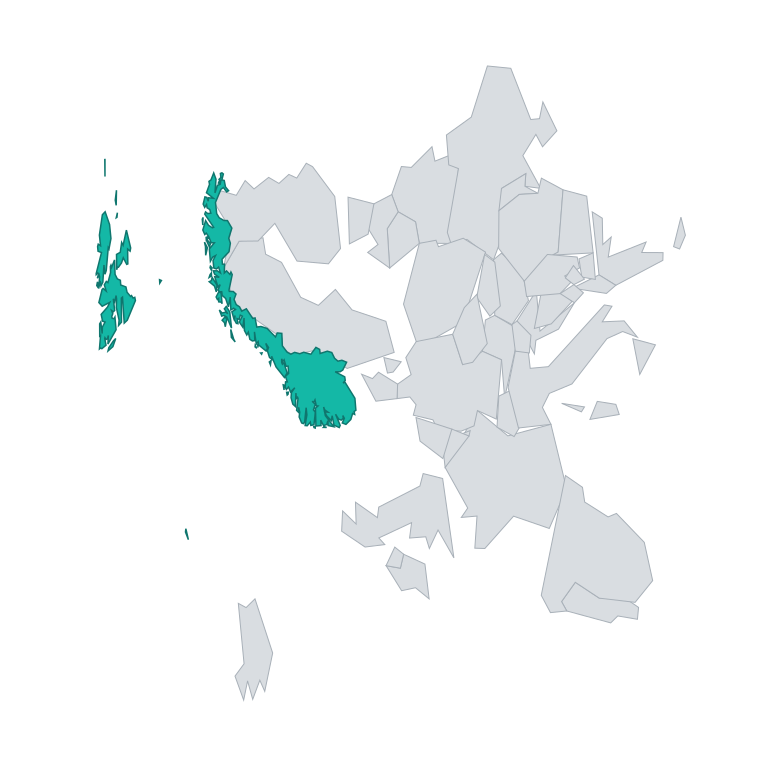 Europe, with Norway highlighted, rotated 273°
{"feature_id": "NOR", "entity_name": "Norway", "entity_type": "country or territory", "adm_level": 0, "iso_a3": "NOR", "parent_name": "Europe", "parent_adm1": "", "projection": "natural_earth1", "projection_center": [16.239, 69.249], "detail": "fine", "context": "in_parent", "style": "filled", "palette": "teal", "viewbox_px": 768, "rotation_deg": 273, "n_neighbors": 37, "source": "natural_earth", "source_scale": "50m", "svg_char_len": 13044}
<svg xmlns="http://www.w3.org/2000/svg" viewBox="0 0 768 768"><g transform="rotate(273 384 384)"><path d="M303.9,449.4L362.4,478.7L338.7,510.4L352.5,552.8L289.1,571.8L248.4,556.6L258.8,520.3L225.0,493.3L224.8,483.3L257.0,483.8L254.8,468.2L264.5,474.1L303.9,449.4ZM366.5,582.6L374.0,562.4L371.6,585.4L366.5,582.6Z" fill="#d9dde1" stroke="#a8b0b8" stroke-width="1"/><path d="M397.6,346.4L414.5,314.9L408.1,291.5L414.8,279.7L424.4,279.9L455.3,230.9L491.4,217.7L519.0,231.8L523.7,255.5L507.4,259.0L500.1,275.3L466.2,296.3L459.1,314.3L475.9,330.5L456.3,348.2L446.7,382.6L416.1,392.5L397.6,346.4Z" fill="#d9dde1" stroke="#a8b0b8" stroke-width="1"/><path d="M573.6,381.8L602.1,390.0L601.7,399.9L623.5,419.5L609.2,423.2L615.3,436.4L603.0,447.1L527.9,443.5L526.3,411.9L547.6,407.0L556.7,389.1L573.6,381.8Z" fill="#d9dde1" stroke="#a8b0b8" stroke-width="1"/><path d="M657.1,525.4L674.0,527.9L645.9,543.4L629.2,529.9L641.2,522.6L619.3,510.7L587.6,530.2L588.8,514.4L601.5,514.6L585.4,491.1L544.3,496.4L513.8,486.9L532.7,459.3L527.9,443.5L538.7,439.3L603.0,447.1L606.2,437.2L635.9,433.3L655.1,457.2L707.0,470.6L705.9,494.1L655.8,516.7L657.1,525.4Z" fill="#d9dde1" stroke="#a8b0b8" stroke-width="1"/><path d="M526.3,411.9L530.3,428.4L524.0,431.2L533.7,455.5L521.0,478.5L449.7,459.3L427.5,424.5L428.1,414.0L464.8,399.3L526.3,411.9Z" fill="#d9dde1" stroke="#a8b0b8" stroke-width="1"/><path d="M458.4,491.0L447.9,511.0L432.7,514.5L376.5,505.2L414.3,500.1L421.8,480.6L453.2,481.9L458.4,491.0Z" fill="#d9dde1" stroke="#a8b0b8" stroke-width="1"/><path d="M513.8,486.9L520.8,494.4L502.8,516.1L474.8,523.9L450.0,508.7L458.4,491.0L513.8,486.9Z" fill="#d9dde1" stroke="#a8b0b8" stroke-width="1"/><path d="M563.1,489.7L585.4,491.1L601.5,514.6L588.8,514.4L582.5,527.7L580.4,509.2L563.1,489.7Z" fill="#d9dde1" stroke="#a8b0b8" stroke-width="1"/><path d="M582.5,527.7L597.8,530.4L587.3,552.6L524.9,551.0L494.1,518.7L525.4,491.4L563.1,489.7L580.4,509.2L582.5,527.7Z" fill="#d9dde1" stroke="#a8b0b8" stroke-width="1"/><path d="M556.7,389.1L547.6,407.0L526.3,411.9L500.1,383.6L539.3,379.1L556.7,389.1Z" fill="#d9dde1" stroke="#a8b0b8" stroke-width="1"/><path d="M563.4,364.5L573.6,381.8L556.7,389.1L539.3,379.1L500.1,383.6L514.5,360.8L523.0,370.7L541.4,358.0L563.4,364.5Z" fill="#d9dde1" stroke="#a8b0b8" stroke-width="1"/><path d="M568.7,338.3L563.4,364.5L532.8,360.3L522.1,342.1L568.7,338.3Z" fill="#d9dde1" stroke="#a8b0b8" stroke-width="1"/><path d="M428.1,414.0L437.3,450.0L407.5,461.5L421.8,480.6L414.3,500.1L354.8,498.0L362.4,478.7L346.9,476.1L340.9,463.4L341.5,439.8L350.8,434.7L354.4,414.9L365.0,417.1L372.4,410.5L370.1,397.8L384.6,397.6L394.8,410.6L411.5,404.4L428.1,414.0Z" fill="#d9dde1" stroke="#a8b0b8" stroke-width="1"/><path d="M521.5,545.2L524.9,551.0L587.3,552.6L582.2,576.6L525.9,586.0L521.5,545.2Z" fill="#d9dde1" stroke="#a8b0b8" stroke-width="1"/><path d="M566.2,671.8L548.3,677.2L534.3,672.1L536.3,666.0L566.2,671.8ZM504.2,593.0L566.8,582.9L561.0,593.3L534.7,595.2L542.7,603.2L522.5,601.3L539.5,638.3L528.8,634.5L529.8,655.8L522.1,656.0L494.7,610.3L504.2,593.0Z" fill="#d9dde1" stroke="#a8b0b8" stroke-width="1"/><path d="M504.2,593.0L494.7,610.3L486.1,601.4L489.5,567.0L504.2,593.0Z" fill="#d9dde1" stroke="#a8b0b8" stroke-width="1"/><path d="M453.9,513.5L485.1,531.2L445.0,537.0L475.1,569.9L447.9,555.4L435.6,533.4L421.9,532.6L453.9,513.5Z" fill="#d9dde1" stroke="#a8b0b8" stroke-width="1"/><path d="M377.9,499.3L386.0,513.8L351.7,523.6L338.3,516.7L346.8,499.1L377.9,499.3Z" fill="#d9dde1" stroke="#a8b0b8" stroke-width="1"/><path d="M338.1,463.9L342.0,472.5L336.5,471.6L338.1,463.9Z" fill="#d9dde1" stroke="#a8b0b8" stroke-width="1"/><path d="M342.5,454.1L336.5,471.6L303.9,449.4L330.4,445.0L342.5,454.1Z" fill="#d9dde1" stroke="#a8b0b8" stroke-width="1"/><path d="M352.2,417.7L342.5,454.1L312.6,446.7L328.8,423.0L352.2,417.7Z" fill="#d9dde1" stroke="#a8b0b8" stroke-width="1"/><path d="M166.9,578.4L176.0,572.7L196.0,585.4L181.4,610.2L185.0,632.3L174.2,649.9L162.3,649.4L164.6,629.6L157.3,622.9L166.9,578.4Z" fill="#d9dde1" stroke="#a8b0b8" stroke-width="1"/><path d="M179.1,646.2L181.4,610.2L196.0,585.4L176.0,572.7L166.9,578.4L164.4,562.2L181.2,552.1L302.1,570.0L291.2,587.6L276.6,590.6L263.0,614.7L266.9,622.9L239.5,652.2L201.7,662.6L179.1,646.2Z" fill="#d9dde1" stroke="#a8b0b8" stroke-width="1"/><path d="M215.0,412.5L206.3,434.3L171.8,440.3L182.2,426.1L178.5,412.4L202.7,395.6L200.9,410.0L215.0,412.5Z" fill="#d9dde1" stroke="#a8b0b8" stroke-width="1"/><path d="M387.0,508.1L423.7,513.4L425.0,526.2L407.3,529.2L409.9,547.2L474.5,599.9L473.6,607.6L457.5,598.7L459.6,620.5L444.0,634.6L448.9,619.6L441.0,604.3L393.9,571.7L383.3,549.6L368.9,543.4L352.5,552.8L347.1,520.6L387.0,508.1ZM406.9,638.9L442.2,630.1L437.3,653.0L406.9,638.9ZM359.4,591.5L377.8,597.9L375.8,616.6L365.9,620.5L359.4,591.5Z" fill="#d9dde1" stroke="#a8b0b8" stroke-width="1"/><path d="M384.6,397.6L370.1,397.8L366.4,376.8L392.6,361.1L388.8,372.2L395.5,377.9L384.6,397.6ZM410.4,382.5L407.1,400.0L396.4,392.5L395.1,386.9L410.4,382.5Z" fill="#d9dde1" stroke="#a8b0b8" stroke-width="1"/><path d="M215.0,412.5L200.9,410.0L202.7,395.6L221.7,403.3L215.0,412.5ZM247.0,418.8L230.0,386.9L223.7,393.2L220.2,373.6L234.8,349.4L255.1,349.3L242.7,363.5L264.5,361.7L250.2,384.4L260.8,385.2L284.0,425.2L296.6,427.8L292.7,447.5L214.0,462.9L241.0,445.6L222.1,437.9L233.6,433.7L231.5,417.6L247.0,418.8Z" fill="#d9dde1" stroke="#a8b0b8" stroke-width="1"/><path d="M157.3,250.0L153.5,258.0L162.7,266.4L109.5,286.9L70.8,281.0L81.7,275.5L62.2,269.4L80.4,263.3L61.0,260.4L84.5,250.5L97.3,258.9L157.3,250.0Z" fill="#d9dde1" stroke="#a8b0b8" stroke-width="1"/><path d="M423.7,513.4L450.0,508.7L453.9,513.5L440.3,528.2L422.6,527.5L423.7,513.4Z" fill="#d9dde1" stroke="#a8b0b8" stroke-width="1"/><path d="M568.6,209.8L564.7,226.6L579.9,234.7L572.0,244.0L584.3,258.0L578.8,268.6L588.3,278.0L585.1,286.1L600.4,294.8L597.3,301.3L568.7,325.0L517.0,333.5L501.1,322.2L502.2,290.7L538.7,266.6L520.2,250.7L519.0,231.8L491.4,217.7L529.8,223.2L556.3,205.0L568.6,209.8Z" fill="#d9dde1" stroke="#a8b0b8" stroke-width="1"/><path d="M518.6,477.7L511.5,488.3L468.0,496.1L457.3,486.2L475.3,472.1L518.6,477.7Z" fill="#d9dde1" stroke="#a8b0b8" stroke-width="1"/><path d="M437.3,450.0L464.5,460.2L478.5,472.1L429.8,485.0L410.3,471.4L407.5,461.5L437.3,450.0Z" fill="#d9dde1" stroke="#a8b0b8" stroke-width="1"/><path d="M476.3,567.5L452.8,547.9L447.3,531.2L485.0,536.4L486.1,554.6L476.3,567.5Z" fill="#d9dde1" stroke="#a8b0b8" stroke-width="1"/><path d="M519.1,572.2L525.9,586.0L499.5,589.6L501.1,575.9L519.1,572.2Z" fill="#d9dde1" stroke="#a8b0b8" stroke-width="1"/><path d="M478.8,521.8L494.1,518.7L521.9,540.4L520.9,570.2L510.1,573.2L501.3,558.8L495.2,565.2L483.5,555.2L478.8,521.8Z" fill="#d9dde1" stroke="#a8b0b8" stroke-width="1"/><path d="M493.2,568.4L485.5,578.4L475.1,569.9L483.5,555.2L493.2,568.4Z" fill="#d9dde1" stroke="#a8b0b8" stroke-width="1"/><path d="M499.2,578.7L493.2,568.4L499.4,559.5L512.2,567.0L499.2,578.7Z" fill="#d9dde1" stroke="#a8b0b8" stroke-width="1"/><path d="M495.3,218.5L486.5,218.7L488.7,220.8L485.3,224.5L487.8,225.3L485.3,226.7L469.7,224.3L468.4,224.7L468.5,228.6L466.1,231.5L460.6,229.8L455.5,232.3L453.5,235.7L449.3,238.1L451.9,242.6L442.6,249.5L443.2,251.8L434.2,254.0L435.0,258.1L433.4,264.3L425.3,273.2L429.4,274.7L429.2,279.3L416.8,280.5L410.7,285.6L408.9,289.4L410.9,293.1L409.8,298.3L411.5,302.2L409.9,309.4L417.0,314.1L415.2,317.9L411.1,318.6L413.8,325.7L412.7,330.2L407.1,333.3L404.4,336.8L405.5,340.7L403.8,345.5L395.8,342.1L393.9,339.5L393.6,334.6L389.1,344.4L385.6,345.1L382.8,343.1L383.8,344.9L368.2,355.7L356.3,357.3L355.0,355.6L352.1,356.3L352.9,354.2L346.8,352.7L341.7,348.1L342.9,344.4L347.7,346.2L350.4,344.5L347.7,345.2L345.7,343.2L346.5,340.6L351.3,337.2L340.4,342.4L338.2,341.6L340.3,336.2L349.6,333.9L344.7,333.3L349.1,328.5L353.0,326.3L352.9,329.6L355.1,326.1L357.9,324.9L349.3,327.1L338.7,336.2L339.6,330.4L344.5,329.9L340.5,328.9L339.3,325.8L344.6,322.7L339.2,323.3L338.5,318.2L356.2,316.8L358.6,319.2L358.8,317.5L364.5,315.9L362.0,314.8L363.0,313.1L360.1,316.5L354.5,314.9L352.2,316.9L339.6,316.2L338.8,313.1L342.1,312.4L338.3,309.5L338.4,307.4L349.1,308.6L356.3,307.5L341.8,306.7L340.2,305.5L340.8,303.8L346.6,301.0L351.5,301.3L356.3,299.9L350.8,300.6L353.1,298.1L365.0,298.9L366.2,298.4L364.8,297.3L370.3,296.5L356.9,296.7L359.1,294.0L365.4,291.9L370.6,292.0L375.6,295.1L371.2,291.1L376.0,288.8L373.4,286.8L375.6,285.5L381.0,285.6L381.1,287.3L386.5,285.2L389.6,288.2L396.8,287.3L396.6,285.2L402.9,283.0L401.1,281.8L403.8,280.5L400.1,280.7L398.5,281.5L399.8,282.5L398.7,283.4L390.0,286.7L385.3,284.2L395.4,275.3L405.9,270.3L402.6,271.1L404.5,268.3L411.1,265.8L414.4,266.8L418.4,263.8L413.5,265.7L410.8,264.5L416.4,256.8L419.7,256.1L417.3,254.4L429.3,251.9L420.6,252.7L420.1,250.3L421.6,247.7L428.7,245.8L425.8,244.4L430.2,241.8L442.6,240.8L433.4,240.0L438.3,236.3L444.3,239.0L445.2,236.9L441.0,235.9L441.6,233.9L436.6,235.0L436.8,233.4L440.0,231.4L444.6,231.7L441.5,230.6L448.2,228.3L451.1,232.5L450.5,231.1L451.8,230.0L450.0,227.2L462.7,225.9L452.9,224.6L461.1,221.4L464.0,217.8L467.7,217.1L467.5,215.1L469.1,213.3L474.7,215.2L472.4,213.1L482.3,209.3L481.9,213.9L484.8,209.1L488.1,207.6L488.3,211.6L486.3,214.9L492.1,212.7L490.1,210.7L490.9,208.0L498.3,206.8L503.4,209.0L501.7,206.2L497.5,204.2L509.7,202.5L516.1,207.2L516.1,204.0L522.0,201.2L525.4,198.6L523.9,197.2L528.3,195.0L537.8,197.3L533.3,200.4L531.0,204.4L531.6,205.7L544.3,196.1L546.5,196.8L545.0,199.0L545.5,202.1L549.1,200.9L550.7,198.1L554.0,197.4L551.0,195.7L554.2,194.0L561.5,195.4L561.1,197.2L557.3,198.9L560.8,199.0L560.5,204.0L565.7,196.7L574.2,199.3L577.2,198.6L578.7,200.5L585.8,202.9L579.7,205.5L566.0,205.2L573.7,207.3L574.9,210.0L578.6,210.4L579.8,208.6L581.7,210.3L585.7,209.6L586.4,211.1L585.3,212.6L579.3,211.4L578.9,213.8L572.5,215.4L568.9,218.7L567.6,216.8L571.8,213.3L569.8,210.9L556.5,206.2L545.4,208.0L541.4,210.7L538.9,215.6L539.0,219.1L531.7,223.9L521.4,221.3L516.6,223.2L508.0,222.3L500.1,215.7L495.2,216.4L495.3,218.5ZM450.4,95.0L463.6,97.5L464.7,98.5L462.3,101.7L468.4,99.5L471.9,101.3L470.8,103.0L481.0,105.1L487.0,104.6L488.4,105.1L486.2,105.9L493.8,108.4L479.4,109.7L475.0,112.2L473.8,115.3L469.1,115.9L467.4,121.2L462.2,122.6L458.2,126.3L459.1,127.2L456.7,128.9L457.5,130.6L454.3,131.4L434.3,124.3L431.2,121.4L457.1,118.3L456.1,117.2L432.0,118.6L428.6,115.9L433.9,116.1L446.5,112.7L454.9,112.5L458.3,111.8L452.1,110.8L454.9,109.2L443.4,111.2L442.0,110.0L443.2,108.1L440.0,109.5L437.3,108.6L435.4,109.1L435.1,111.0L436.8,111.8L424.2,113.6L409.4,106.2L418.1,106.2L414.6,105.4L413.9,104.1L415.6,102.9L414.7,102.7L408.2,104.4L404.5,100.4L405.1,99.1L404.1,98.0L417.5,98.4L416.9,97.6L429.2,96.9L431.1,97.9L419.6,99.9L426.1,99.8L431.3,102.2L432.0,99.7L438.7,97.9L446.4,103.9L451.2,105.9L446.9,98.5L450.4,95.0ZM479.2,90.8L500.5,95.0L501.6,91.5L506.2,90.8L508.7,91.3L507.2,93.7L517.8,92.0L538.3,93.9L541.4,96.5L528.9,101.6L515.0,103.7L504.4,102.3L505.7,101.5L482.8,100.7L479.0,99.6L488.2,98.1L471.0,97.9L467.1,96.2L472.1,95.2L464.3,94.1L476.1,94.4L477.7,93.9L474.6,92.2L479.4,93.3L479.9,92.3L478.2,90.9L479.2,90.8ZM484.1,111.1L499.4,110.1L501.7,113.7L511.6,114.6L508.8,116.2L524.2,118.7L506.6,123.9L503.4,123.5L505.4,120.9L490.5,121.9L490.0,120.8L496.4,117.0L491.1,115.5L486.7,112.7L486.9,111.7L484.1,111.1ZM445.9,224.3L450.7,220.6L453.2,222.4L447.9,226.2L431.8,228.8L442.6,223.6L444.1,220.5L443.3,218.4L449.3,215.7L446.4,218.7L447.5,222.2L445.9,224.3ZM462.1,211.8L467.4,214.2L466.3,216.6L455.7,218.1L457.2,217.3L457.4,214.6L460.8,214.4L459.6,213.2L462.1,211.8ZM478.2,206.2L481.5,206.8L474.0,212.0L467.2,211.7L472.9,209.6L477.0,204.1L478.2,206.2ZM405.9,107.3L413.0,111.6L415.4,113.7L407.1,111.3L402.6,106.7L405.9,107.3ZM439.2,219.0L442.5,221.6L440.9,223.6L432.9,222.5L436.9,221.5L439.2,219.0ZM516.3,197.3L510.9,200.5L503.2,199.2L512.0,198.5L516.3,197.3ZM518.1,200.4L515.1,203.4L511.8,202.4L517.4,199.6L518.1,200.4ZM422.8,229.1L430.5,228.1L422.1,231.1L422.8,229.1ZM229.1,193.7L218.3,196.8L225.8,193.5L229.1,193.7ZM593.6,93.6L576.6,94.5L594.2,93.4L593.6,93.6ZM553.5,106.0L563.5,106.7L548.4,107.2L553.5,106.0ZM533.3,194.7L539.0,193.9L540.9,194.6L533.3,194.7ZM521.8,200.2L520.1,200.7L518.5,199.0L521.1,198.7L521.8,200.2ZM492.6,204.5L491.0,206.3L488.8,205.6L491.0,204.2L492.6,204.5ZM476.4,154.4L475.7,156.3L473.0,154.8L476.4,154.4ZM541.1,108.8L536.5,108.6L536.0,107.9L541.1,108.8ZM400.0,268.3L401.5,270.0L397.2,269.6L400.0,268.3ZM481.3,203.8L484.2,204.6L485.9,205.8L483.0,206.1L481.3,203.8ZM471.0,92.5L469.3,93.1L466.3,92.7L467.3,92.0L471.0,92.5ZM377.7,284.2L372.8,284.5L377.9,283.4L377.7,284.2ZM370.8,288.9L368.7,288.7L367.9,287.9L370.6,287.2L370.8,288.9ZM420.8,231.6L418.2,233.2L421.1,230.5L420.8,231.6ZM338.3,326.5L337.6,329.0L337.5,325.8L338.3,326.5ZM415.8,253.4L413.0,255.1L414.3,253.3L415.8,253.4ZM578.1,208.9L575.5,209.8L575.3,209.5L576.0,208.1L578.1,208.9ZM416.7,256.0L413.9,256.3L417.3,255.7L416.7,256.0ZM408.5,259.2L408.7,260.6L407.4,260.2L408.5,259.2ZM338.0,317.6L336.4,317.6L336.8,316.4L337.7,316.1L338.0,317.6Z" fill="#14b8a6" stroke="#0f766e" stroke-width="1.5"/></g></svg>